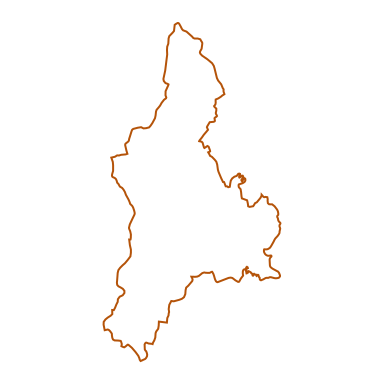 the district of Lang Son, Lạng Sơn, Vietnam
{"feature_id": "81297802B21506651579478", "entity_name": "Lang Son", "entity_type": "district", "adm_level": 2, "iso_a3": "VNM", "parent_name": "Vietnam", "parent_adm1": "Lạng Sơn", "projection": "equal_earth", "projection_center": [106.757, 21.855], "detail": "fine", "context": "isolated", "style": "outline", "palette": "amber", "viewbox_px": 384, "rotation_deg": 0, "n_neighbors": 0, "source": "geoboundaries", "source_scale": "gbopen_adm2", "svg_char_len": 6067}
<svg xmlns="http://www.w3.org/2000/svg" viewBox="0 0 384 384"><path d="M140.6,361.0L145.1,359.0L146.0,358.1L147.0,356.3L147.2,354.7L146.8,352.9L146.2,351.3L145.3,350.4L144.8,349.4L144.6,344.5L145.1,343.4L145.9,342.7L146.6,342.7L148.6,343.5L151.7,343.8L152.6,344.1L153.1,342.5L154.3,340.4L155.3,337.5L155.6,333.1L156.2,331.5L158.2,328.8L158.7,325.7L158.9,321.6L166.9,322.6L167.3,318.0L168.5,315.5L168.7,313.4L169.1,312.0L168.7,309.1L169.3,304.8L171.3,301.0L173.8,301.3L179.3,299.8L181.9,298.8L184.0,297.2L185.3,294.1L185.6,290.1L186.2,287.6L188.3,285.7L192.2,281.1L192.6,279.8L192.3,278.4L191.6,277.2L191.4,276.7L195.3,276.8L197.2,276.6L198.9,275.9L202.3,273.1L203.8,272.6L204.4,272.5L205.8,272.8L209.5,272.9L210.2,272.6L211.0,272.1L211.8,271.8L212.2,271.8L213.4,274.0L214.0,275.7L214.9,278.9L215.4,280.1L216.0,281.3L216.7,281.9L217.1,282.1L217.8,282.1L228.1,278.1L229.1,277.8L230.8,277.6L232.4,278.0L235.5,280.4L238.1,281.9L238.7,281.9L239.2,281.6L240.9,278.5L243.1,275.6L242.8,273.7L242.8,271.8L243.1,270.5L243.7,269.6L245.4,269.1L245.8,268.5L246.6,267.0L246.9,266.8L247.7,267.4L247.8,268.0L247.5,268.0L247.2,268.2L246.0,270.1L245.9,270.7L246.3,271.9L246.4,273.0L246.5,273.4L246.9,273.3L247.2,272.9L247.9,272.7L248.0,272.5L247.9,271.3L248.1,271.1L248.5,271.1L250.6,272.2L251.0,272.6L251.3,273.3L251.8,273.6L252.3,273.7L252.5,275.2L252.7,275.6L253.0,275.7L253.3,275.3L253.9,274.1L254.1,273.9L254.8,274.6L255.1,274.7L255.8,274.5L256.2,274.9L256.5,275.9L256.6,276.0L257.0,275.6L257.5,274.9L258.2,274.9L258.5,275.2L258.9,277.0L259.6,277.6L259.7,278.1L259.7,278.8L259.9,279.5L260.3,280.0L261.0,280.3L263.4,279.3L265.3,278.2L266.1,277.9L267.1,277.8L267.9,277.9L268.4,277.8L269.8,277.2L270.9,277.2L274.3,278.1L275.9,278.3L278.1,278.0L279.2,277.5L280.0,276.3L280.0,275.4L279.0,272.8L277.9,271.5L277.0,271.1L272.6,268.7L271.1,267.6L270.2,266.6L269.9,265.4L269.6,259.7L269.8,258.6L270.3,257.7L271.3,256.7L271.5,256.1L271.2,255.6L270.6,255.5L269.3,255.7L268.1,255.8L267.1,255.5L266.0,254.9L265.0,253.9L264.1,252.2L263.9,251.0L264.1,249.4L264.3,249.3L265.9,249.4L267.0,249.3L267.8,249.1L268.9,248.5L270.1,247.6L271.4,245.6L273.7,241.5L274.6,239.6L275.3,238.5L277.6,236.0L278.8,234.3L279.4,233.2L279.5,232.7L279.6,231.3L280.2,228.7L280.0,227.8L279.5,226.5L279.5,225.6L279.5,225.2L279.7,224.8L280.2,224.0L280.4,223.6L280.4,223.2L280.2,222.7L279.9,222.4L279.3,222.0L278.5,220.9L278.2,220.1L277.9,218.3L277.3,217.2L277.2,216.2L277.4,215.8L278.2,214.9L278.3,214.0L278.2,213.0L277.9,211.3L277.1,209.6L274.6,206.3L272.1,204.3L269.7,204.3L269.0,204.2L267.9,203.2L267.6,200.9L267.7,199.1L267.3,197.2L265.5,196.9L264.2,197.2L263.4,196.8L261.6,194.7L261.5,196.0L260.3,198.1L256.8,202.3L255.0,203.2L254.2,204.7L253.2,206.2L249.6,206.9L248.2,206.3L247.8,203.3L247.1,200.3L241.9,198.4L241.5,196.4L241.1,192.2L240.6,189.2L238.9,187.3L238.6,186.0L238.6,185.0L238.9,184.4L242.6,183.2L244.5,182.0L245.3,180.7L245.4,179.8L245.2,178.7L244.5,178.2L243.8,178.7L242.1,181.3L241.5,180.6L241.4,180.0L243.0,177.3L243.2,176.4L242.7,175.7L241.9,175.6L240.9,176.6L239.6,177.6L239.3,177.5L239.1,176.8L239.5,175.6L240.0,174.6L240.0,173.9L239.4,173.6L238.3,173.8L236.7,175.9L234.4,176.7L232.2,178.4L230.8,180.6L230.3,183.1L229.8,186.8L228.2,187.2L227.2,186.4L225.7,186.3L224.1,182.1L223.0,182.0L221.1,178.0L218.5,171.8L217.9,169.7L217.2,164.6L216.3,161.7L214.8,159.8L212.0,156.9L209.9,155.7L209.7,154.9L208.2,152.3L209.4,151.8L210.1,151.4L210.0,150.4L208.6,146.7L207.4,146.0L204.5,148.0L204.0,147.6L202.6,142.7L201.6,141.7L199.2,141.2L199.4,140.6L201.9,137.5L203.7,134.9L208.0,129.8L206.9,127.2L207.2,126.4L209.7,122.2L213.7,121.8L214.7,121.3L214.9,120.7L214.5,118.2L215.1,117.5L216.4,116.7L217.0,116.0L216.7,115.2L215.9,113.8L215.8,112.9L216.3,110.6L216.3,108.6L214.5,106.9L214.1,106.1L214.8,105.3L215.5,104.1L215.7,102.4L215.6,100.9L215.7,99.5L218.3,98.4L220.9,96.7L222.3,95.5L224.4,94.2L224.2,93.4L223.8,92.4L223.5,91.1L223.6,89.3L222.8,88.2L221.2,84.3L218.1,80.5L216.9,78.0L214.6,68.6L213.8,65.9L212.1,63.2L207.3,59.2L202.2,55.7L200.4,53.8L199.9,52.7L200.1,51.4L201.6,48.8L202.3,43.7L202.2,42.6L200.9,40.5L200.3,39.3L197.6,38.5L194.5,38.5L193.3,38.0L192.1,36.6L186.5,31.6L183.1,30.3L182.0,29.1L180.7,26.5L179.2,23.8L178.5,23.1L177.6,23.0L176.0,23.9L174.7,24.8L174.0,31.0L172.8,32.5L169.3,36.1L168.6,38.4L168.3,43.7L167.2,46.7L167.0,49.9L167.2,54.5L166.6,59.2L165.2,70.6L163.4,79.0L163.8,81.0L165.5,83.1L167.7,83.9L168.5,84.4L168.3,85.2L165.6,91.2L165.5,95.3L166.3,97.5L166.0,98.3L164.0,99.8L161.6,102.9L160.1,105.6L158.6,107.5L156.6,109.8L156.0,111.6L155.6,115.4L155.0,118.2L152.3,123.2L150.5,125.8L149.1,127.4L146.0,128.2L143.5,128.4L141.1,127.2L137.9,127.7L133.3,128.9L132.2,129.7L131.6,131.1L129.7,137.2L129.2,138.7L128.9,140.4L128.4,141.4L125.5,143.7L125.2,144.5L125.2,145.3L126.5,150.9L127.4,153.8L125.7,154.4L121.2,154.8L119.0,155.5L117.2,155.4L116.7,155.6L115.6,156.4L114.8,156.8L111.3,157.6L112.8,161.9L113.1,165.2L113.1,170.9L112.2,174.0L112.0,175.1L112.0,175.9L112.4,176.8L113.2,177.3L114.6,177.9L115.8,178.9L116.6,180.5L117.2,182.7L118.4,183.9L119.9,186.6L122.1,187.9L123.5,189.6L124.9,192.0L125.9,194.8L128.4,199.3L129.3,201.3L129.8,202.6L130.1,203.8L132.2,205.9L133.1,207.5L134.1,210.4L134.6,212.4L134.7,213.8L134.3,214.9L132.6,218.4L129.8,224.4L129.0,227.7L129.1,228.6L130.2,231.3L130.9,234.5L130.8,237.8L130.5,239.5L130.0,239.7L129.2,239.6L129.9,245.2L130.9,249.6L130.9,252.7L130.4,256.4L127.6,260.1L124.9,263.3L122.7,265.2L120.1,267.8L118.4,270.1L117.7,272.9L117.1,280.7L116.9,282.7L117.2,284.9L118.4,286.3L120.7,287.5L122.8,288.8L124.4,290.8L124.4,293.0L122.7,295.3L119.7,296.7L117.9,299.2L117.7,301.9L116.4,304.4L115.1,307.7L113.8,310.1L112.2,310.0L112.3,314.1L110.7,315.7L107.7,317.6L105.4,319.5L103.7,321.9L103.6,324.7L104.7,330.2L107.8,329.5L109.0,330.1L110.1,331.2L111.5,333.1L111.9,333.9L111.9,335.2L112.3,337.8L113.0,339.5L114.5,340.4L118.7,340.6L120.7,340.9L121.1,341.7L121.8,344.0L121.4,346.2L123.4,347.1L124.3,347.3L125.5,346.5L127.6,344.7L128.4,344.8L131.9,347.8L135.5,352.0L138.3,355.8L139.3,358.1L139.8,359.9L140.6,361.0Z" fill="none" stroke="#b45309" stroke-width="2"/></svg>